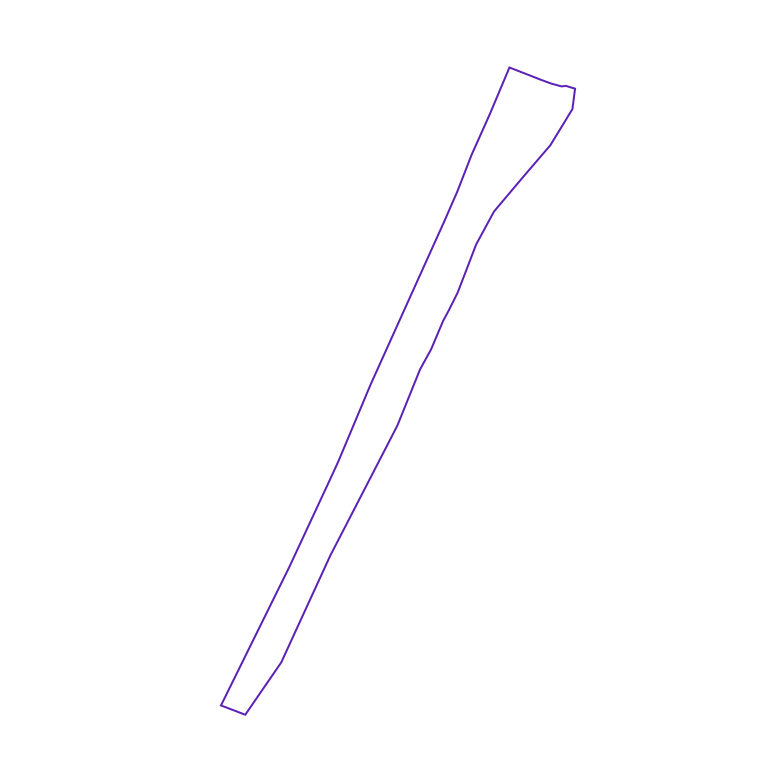 outline of Teone, Tuvalu, rotated 223°
{"feature_id": "33948139B32813308345680", "entity_name": "Teone", "entity_type": "district", "adm_level": 2, "iso_a3": "TUV", "parent_name": "Tuvalu", "parent_adm1": "", "projection": "natural_earth1", "projection_center": [179.198, -8.507], "detail": "fine", "context": "isolated", "style": "outline", "palette": "violet", "viewbox_px": 768, "rotation_deg": 223, "n_neighbors": 0, "source": "geoboundaries", "source_scale": "gbopen_adm2", "svg_char_len": 547}
<svg xmlns="http://www.w3.org/2000/svg" viewBox="0 0 768 768"><g transform="rotate(223 384 384)"><path d="M259.9,47.5L269.3,110.4L306.3,222.0L325.1,288.9L345.9,362.8L367.6,419.3L373.2,441.5L383.8,470.5L386.9,482.3L392.5,501.2L411.8,549.0L421.2,585.3L423.5,631.4L425.2,672.2L433.7,713.6L445.7,730.3L454.4,726.0L457.0,722.8L466.7,717.7L477.0,713.4L508.1,701.0L490.5,653.1L476.3,611.5L461.8,575.2L450.5,543.1L420.1,453.2L393.4,374.4L364.5,296.0L358.1,276.6L328.7,186.4L284.0,37.7L259.9,47.5Z" fill="none" stroke="#5b21b6" stroke-width="2"/></g></svg>